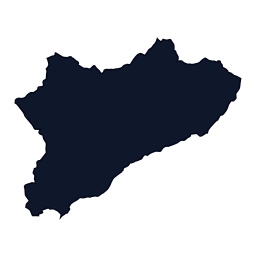 the district of Nong Son, Quàng Nam, Vietnam
{"feature_id": "81297802B33972751107769", "entity_name": "Nong Son", "entity_type": "district", "adm_level": 2, "iso_a3": "VNM", "parent_name": "Vietnam", "parent_adm1": "Quàng Nam", "projection": "robinson", "projection_center": [107.988, 15.651], "detail": "fine", "context": "isolated", "style": "filled", "palette": "ink", "viewbox_px": 256, "rotation_deg": 0, "n_neighbors": 0, "source": "geoboundaries", "source_scale": "gbopen_adm2", "svg_char_len": 5652}
<svg xmlns="http://www.w3.org/2000/svg" viewBox="0 0 256 256"><path d="M47.3,58.4L47.7,59.1L48.6,62.3L49.0,64.6L48.4,66.4L46.4,69.0L46.4,69.3L46.6,69.6L46.9,70.1L47.2,70.6L46.6,75.5L46.5,78.7L46.0,79.3L45.0,80.0L43.8,80.6L43.2,81.7L43.2,82.8L43.5,84.3L43.5,85.6L43.0,86.5L40.0,87.0L38.6,87.1L38.2,87.6L37.9,89.1L37.5,90.1L34.1,92.4L33.1,92.8L31.8,92.7L31.0,92.7L29.9,93.1L27.7,94.7L26.7,95.8L25.7,97.1L24.7,97.8L23.3,98.3L21.7,98.7L19.3,98.4L18.1,98.4L16.5,99.1L15.6,100.0L15.4,101.0L15.4,103.1L16.6,103.7L18.0,105.2L23.4,112.2L24.4,114.0L25.0,115.7L25.6,116.7L32.5,124.9L33.2,126.1L34.3,128.3L34.6,128.7L35.0,129.0L35.9,129.2L40.3,129.2L40.5,129.3L39.7,130.4L39.2,131.6L39.1,132.8L39.6,133.5L40.6,134.2L42.4,134.8L43.0,135.3L43.5,137.7L43.9,138.9L44.7,140.4L45.8,141.9L46.5,143.9L46.1,149.2L46.4,151.5L46.7,152.3L45.3,154.4L43.5,156.6L41.9,158.8L40.3,160.6L38.4,160.9L37.8,161.3L37.2,162.0L36.9,162.6L37.0,163.2L37.2,164.3L37.3,165.5L37.0,167.6L36.5,168.1L34.8,168.5L34.4,168.7L34.3,170.0L33.9,170.8L33.4,172.2L33.4,173.2L33.6,173.7L34.1,174.1L34.6,174.8L35.0,175.5L35.0,176.1L34.7,178.1L34.6,179.2L35.2,180.9L35.2,182.0L35.0,183.3L34.8,183.5L34.3,183.5L32.7,182.9L32.1,182.8L31.7,182.9L30.8,183.3L27.8,184.2L25.9,184.9L25.3,185.3L24.8,186.0L24.6,186.5L24.6,187.0L24.7,187.4L25.1,189.1L25.2,190.4L25.5,194.9L26.5,196.6L29.6,200.8L26.5,204.1L25.9,207.2L28.2,208.4L30.1,210.0L30.7,211.0L32.2,214.7L32.6,215.5L35.1,215.5L38.5,215.6L38.5,214.6L38.8,214.0L39.4,213.7L41.7,213.0L42.3,212.7L42.5,212.5L42.5,212.2L41.8,210.7L41.8,210.4L42.0,210.1L42.5,209.8L45.0,208.9L47.3,208.1L48.7,207.9L49.8,208.9L50.2,208.9L51.6,208.8L53.9,208.8L54.4,209.0L55.5,209.7L56.9,210.3L57.7,210.8L60.2,213.1L61.2,214.4L61.3,214.8L61.3,215.3L60.9,216.1L60.7,217.2L61.7,216.0L62.7,215.3L63.7,214.7L65.1,213.6L65.7,213.2L66.6,213.0L67.4,212.7L68.3,210.9L69.0,210.1L69.5,209.3L69.5,208.9L69.0,207.9L68.9,207.6L68.9,207.0L69.2,206.1L71.0,203.4L72.2,202.6L73.6,201.6L75.0,200.9L76.7,199.9L77.7,199.2L79.2,197.8L79.9,197.5L81.1,197.5L82.7,197.7L83.8,197.6L85.1,197.4L86.5,196.9L87.8,196.7L88.7,196.7L89.7,197.1L91.7,196.4L93.2,196.1L95.6,195.8L97.0,196.1L97.8,196.1L98.6,195.7L102.0,193.2L103.1,192.8L103.9,192.1L106.4,190.0L107.8,188.5L108.7,187.0L109.7,185.3L111.1,182.0L112.7,178.9L114.0,177.4L118.1,174.2L121.5,171.8L121.9,170.8L122.9,170.2L123.0,168.9L123.6,167.9L124.3,167.4L125.2,166.9L125.9,166.8L127.8,165.7L128.8,164.6L129.2,163.9L129.4,163.3L129.7,163.0L130.2,162.8L131.4,162.7L132.5,162.4L134.4,161.6L135.0,161.1L137.0,160.6L141.1,158.9L141.6,158.5L142.7,156.7L143.6,155.6L144.4,154.8L144.9,154.7L145.6,154.7L147.1,155.1L147.7,155.1L148.2,154.5L148.5,154.2L150.4,153.1L152.2,152.2L155.1,151.2L155.8,151.0L156.6,151.0L159.4,151.2L160.4,151.1L160.6,151.0L162.8,147.9L163.3,147.4L165.3,146.3L166.1,146.1L168.5,146.1L172.1,144.8L174.7,143.8L177.3,142.6L178.4,141.9L180.2,140.5L180.7,140.2L181.7,140.1L183.6,140.2L184.4,140.1L185.1,139.6L187.7,137.4L189.9,136.3L190.1,136.0L190.3,135.7L190.4,134.6L190.7,134.2L191.7,133.9L194.5,133.6L196.0,133.3L196.5,133.4L197.1,133.6L198.0,134.2L199.0,135.3L199.8,135.9L200.4,136.0L201.0,135.9L201.8,135.7L206.2,132.9L207.1,132.7L207.3,132.8L208.0,130.2L209.9,127.4L212.1,125.0L215.7,121.1L217.5,120.0L219.7,115.9L220.2,115.3L220.6,115.1L221.7,114.9L222.5,114.6L223.1,114.1L223.8,113.4L224.9,111.9L225.9,110.6L226.6,109.3L227.5,107.3L228.0,105.7L228.4,104.5L230.6,101.2L231.0,100.9L231.4,100.7L233.1,100.8L233.6,100.6L234.9,99.4L235.5,98.7L235.8,98.2L235.9,97.7L235.6,94.3L235.7,93.6L236.1,92.8L237.8,90.6L238.9,88.9L239.3,87.8L239.6,86.2L239.8,84.1L240.6,78.6L236.0,76.2L234.3,75.8L233.8,75.5L233.0,74.8L230.8,73.2L229.9,72.9L229.0,72.8L228.4,72.5L228.0,72.1L227.8,71.7L227.6,71.1L227.0,70.3L226.2,69.5L225.5,69.0L223.4,67.9L222.5,67.3L222.3,66.9L222.0,64.8L221.6,64.4L220.7,63.4L220.5,63.0L220.3,62.0L220.2,61.5L219.8,61.2L219.0,61.0L218.4,61.0L218.0,61.0L217.8,61.2L217.6,61.8L217.3,62.0L216.5,62.1L216.0,61.9L215.4,61.6L214.7,61.4L210.7,61.0L209.4,60.7L207.9,60.0L206.4,58.8L205.5,58.4L205.1,58.3L204.8,58.4L203.5,59.2L201.9,60.4L200.3,62.0L199.5,62.6L198.2,63.3L197.1,63.6L193.6,64.4L192.0,64.6L191.0,64.5L190.2,64.2L187.7,64.3L186.8,64.1L184.6,63.2L183.6,62.6L181.8,61.2L181.2,61.0L180.3,61.0L177.7,61.2L177.4,61.0L177.4,60.8L177.9,59.1L178.0,57.9L178.0,56.9L177.9,56.6L175.9,53.0L175.7,51.9L175.4,51.2L175.1,51.0L174.4,50.7L174.1,50.4L173.8,49.8L173.8,49.0L173.9,47.7L173.9,46.6L173.6,44.6L173.4,44.1L172.0,42.2L170.8,40.1L170.4,39.7L170.0,39.6L167.4,40.2L166.0,40.2L165.3,40.1L163.5,39.5L163.1,39.5L162.4,40.3L161.6,41.9L161.4,41.9L160.7,41.6L159.6,41.0L158.3,39.9L157.3,38.8L156.9,40.1L156.5,41.2L156.1,42.1L155.7,42.9L153.1,45.9L152.4,47.0L152.0,47.6L148.9,49.8L147.9,51.5L145.7,54.6L145.3,55.1L145.0,55.3L144.6,55.4L141.4,53.8L140.0,53.6L138.0,54.5L136.0,56.5L134.0,59.0L130.6,64.3L130.2,64.5L129.6,64.7L129.0,64.8L128.1,64.6L127.2,64.5L124.3,65.4L123.6,65.9L122.7,66.9L121.9,67.7L120.8,68.2L119.4,68.6L117.8,68.9L115.7,69.1L114.1,69.5L112.8,69.7L111.8,69.5L110.5,69.5L109.3,69.7L106.7,69.5L105.2,69.8L104.4,70.2L104.0,71.0L103.7,72.2L103.1,72.9L101.9,73.3L101.3,73.4L100.8,73.2L100.2,72.6L99.3,71.0L96.2,68.1L95.3,66.8L94.7,66.0L94.3,65.8L93.5,65.9L90.7,68.7L89.5,69.2L88.2,68.9L87.1,68.5L85.7,68.4L84.2,68.5L82.9,68.1L80.7,66.6L77.8,64.9L77.8,64.6L78.3,63.7L78.4,63.1L78.2,62.5L77.3,61.6L76.0,60.9L74.3,59.5L73.4,58.6L72.8,58.3L72.1,58.1L71.7,57.7L71.4,57.3L71.1,57.0L70.8,56.9L70.2,56.8L69.6,56.9L68.4,57.4L67.3,57.7L65.8,57.7L63.3,57.3L62.5,57.1L55.6,53.0L55.4,53.1L55.1,54.9L54.8,55.4L54.5,55.8L53.9,56.0L52.9,56.1L51.7,56.5L50.3,57.1L49.0,57.8L47.7,58.2L47.3,58.4Z" fill="#0f172a" stroke="#020617" stroke-width="1.5"/></svg>